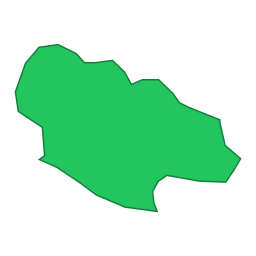 SVG path tracing the border of Šavnik
{"feature_id": "MNE-1519", "entity_name": "Šavnik", "entity_type": "Municipality", "adm_level": 1, "iso_a3": "MNE", "parent_name": "Montenegro", "parent_adm1": "", "projection": "mercator", "projection_center": [19.144, 42.978], "detail": "fine", "context": "isolated", "style": "filled", "palette": "green", "viewbox_px": 256, "rotation_deg": 0, "n_neighbors": 0, "source": "natural_earth", "source_scale": "10m", "svg_char_len": 545}
<svg xmlns="http://www.w3.org/2000/svg" viewBox="0 0 256 256"><path d="M63.2,47.2L76.1,53.5L84.4,62.7L95.3,62.7L112.4,60.4L124.5,72.0L131.4,84.5L142.5,79.7L158.6,79.7L172.9,93.5L179.5,102.8L188.7,107.4L219.9,119.9L219.7,121.7L225.1,145.4L240.6,158.7L233.7,170.4L225.7,182.1L199.9,181.2L166.9,175.4L158.3,181.2L152.6,191.4L153.8,202.7L157.1,211.4L124.9,207.1L96.4,195.0L80.1,182.9L57.0,167.4L39.4,159.5L44.6,155.7L42.4,127.4L18.3,111.4L15.4,92.0L25.5,63.3L39.0,47.3L58.0,44.6L63.2,47.2Z" fill="#22c55e" stroke="#15803d" stroke-width="1.5"/></svg>